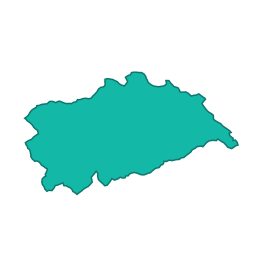 the district of Silveiras, São Paulo, Brazil, rotated 257°
{"feature_id": "56859067B66153015253412", "entity_name": "Silveiras", "entity_type": "district", "adm_level": 2, "iso_a3": "BRA", "parent_name": "Brazil", "parent_adm1": "São Paulo", "projection": "natural_earth1", "projection_center": [-44.843, -22.748], "detail": "fine", "context": "isolated", "style": "filled", "palette": "teal", "viewbox_px": 256, "rotation_deg": 257, "n_neighbors": 0, "source": "geoboundaries", "source_scale": "gbopen_adm2", "svg_char_len": 2955}
<svg xmlns="http://www.w3.org/2000/svg" viewBox="0 0 256 256"><g transform="rotate(257 128 128)"><path d="M140.4,33.9L138.6,31.4L138.1,28.0L136.8,24.7L134.6,24.9L132.9,25.7L130.7,25.8L129.0,27.3L126.6,27.4L123.7,27.3L121.9,26.9L119.7,27.6L116.6,29.6L116.4,31.8L115.0,33.6L113.3,34.6L111.3,35.3L109.5,37.2L107.7,38.5L106.6,40.1L104.6,39.5L101.4,36.9L99.6,37.2L99.1,35.1L97.6,33.0L94.9,31.9L92.1,31.9L89.7,33.0L87.3,33.2L84.6,34.7L85.1,36.8L84.1,39.9L86.2,42.5L88.3,44.2L88.2,46.6L88.6,49.0L89.2,52.1L86.2,52.6L85.6,54.9L83.9,56.6L82.7,58.4L80.7,59.6L78.5,60.0L76.8,61.9L74.8,63.4L75.8,65.5L77.1,68.6L78.5,71.1L79.4,73.7L79.9,75.9L80.9,77.6L83.3,81.0L85.8,81.0L88.5,81.3L89.8,83.3L91.5,85.5L93.0,87.2L90.3,88.5L88.7,87.8L86.5,87.5L84.3,87.6L81.6,89.3L80.1,90.4L78.5,91.5L77.0,92.3L76.9,94.9L78.5,96.8L80.3,99.0L82.3,101.0L80.3,103.0L80.7,106.8L81.8,109.3L80.5,111.4L80.1,113.8L81.8,115.2L81.4,117.4L82.9,119.2L83.2,121.1L83.3,124.0L81.8,127.0L79.7,129.8L78.7,133.0L79.3,137.1L79.4,139.7L80.9,142.4L82.5,145.7L82.5,149.6L84.5,151.7L84.6,153.7L85.9,154.9L87.5,155.6L86.7,158.0L87.4,160.8L86.3,163.7L86.3,166.1L86.3,168.3L85.8,170.9L86.9,173.0L86.7,175.8L88.0,178.2L89.4,181.5L90.5,183.8L92.3,185.6L93.0,188.4L94.3,191.4L93.9,195.2L92.9,196.8L94.7,199.3L96.2,201.4L97.2,204.3L97.0,207.6L95.8,211.3L97.1,213.0L95.3,214.7L93.1,216.8L91.8,218.3L89.0,219.8L86.8,220.9L84.6,224.4L85.4,226.6L86.4,228.8L86.6,231.3L89.5,231.2L92.1,229.9L92.2,227.5L94.4,228.1L96.1,226.6L97.7,225.5L100.2,225.4L100.4,227.5L102.5,226.4L104.7,224.4L107.3,222.0L109.1,220.4L111.1,219.5L113.5,216.8L115.3,214.9L117.2,213.3L119.1,213.6L121.3,214.0L123.6,212.1L125.5,210.0L127.8,208.6L130.2,207.5L133.9,205.9L135.5,205.8L137.3,208.1L138.6,210.0L140.2,209.2L141.7,207.6L143.4,206.3L145.3,204.7L144.7,201.5L145.1,199.4L144.8,197.0L148.6,194.2L150.1,192.5L150.7,189.2L151.2,186.9L153.5,186.6L156.0,185.7L157.3,183.3L158.4,181.8L160.3,180.9L162.3,179.6L165.0,178.5L165.7,175.6L162.3,175.5L160.9,172.6L161.1,169.9L161.3,167.0L162.1,165.0L163.1,162.4L164.5,160.8L166.4,159.0L168.3,157.8L170.2,157.6L171.9,157.0L174.2,156.9L176.8,155.9L179.0,153.7L179.5,151.4L180.5,148.6L181.1,146.1L181.2,143.9L179.3,142.3L179.1,139.9L178.0,136.9L175.4,137.6L173.3,138.1L171.8,136.5L169.8,134.0L171.2,131.5L173.0,129.4L175.5,128.0L177.0,126.0L178.6,124.2L179.7,121.6L180.7,119.0L180.7,116.6L178.6,116.0L174.8,115.4L173.6,113.4L173.7,110.4L172.5,107.9L170.2,105.9L168.3,103.1L167.4,101.4L165.4,98.9L165.3,96.3L166.4,93.8L166.8,91.7L166.7,89.7L166.4,87.4L167.0,85.2L165.2,83.4L165.3,80.7L164.5,78.2L165.2,76.2L165.5,73.9L166.5,71.7L168.1,69.5L169.6,67.4L169.6,65.4L168.9,63.5L170.9,60.5L171.5,57.6L169.8,54.7L170.2,51.5L170.4,49.2L170.0,46.7L170.3,44.2L168.7,43.3L168.0,40.4L166.8,37.8L164.9,35.6L163.1,34.1L161.7,31.8L160.7,29.5L159.2,30.8L157.6,31.4L156.3,32.7L154.6,34.1L152.3,35.5L149.7,36.4L147.8,37.7L146.1,39.3L142.6,39.4L141.4,36.2L140.4,33.9Z" fill="#14b8a6" stroke="#0f766e" stroke-width="1.5"/></g></svg>